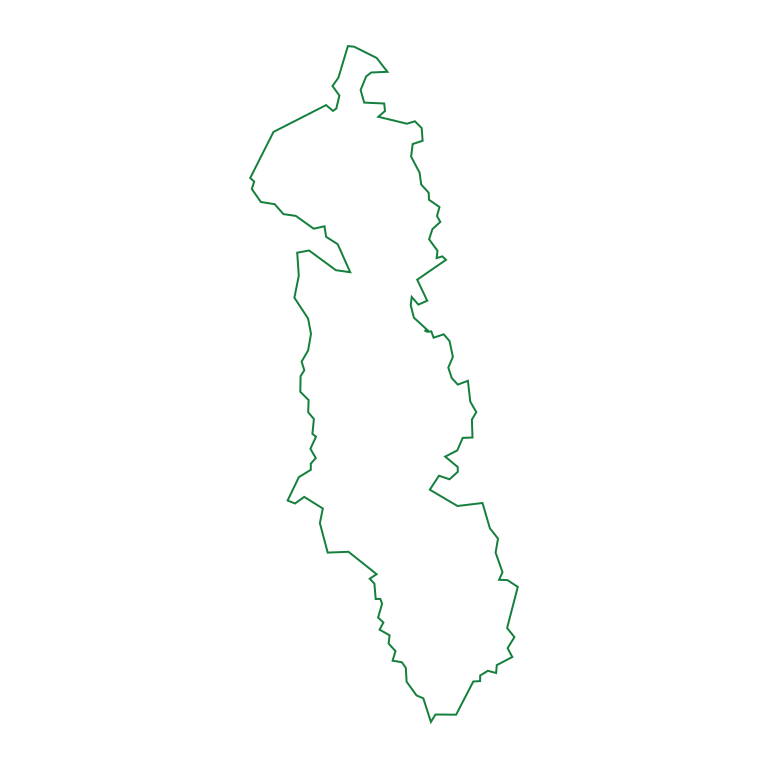 outline of Kumbungu, Northern, Ghana
{"feature_id": "2480657B99246651758289", "entity_name": "Kumbungu", "entity_type": "district", "adm_level": 2, "iso_a3": "GHA", "parent_name": "Ghana", "parent_adm1": "Northern", "projection": "natural_earth1", "projection_center": [-1.057, 9.798], "detail": "medium", "context": "isolated", "style": "outline", "palette": "green", "viewbox_px": 768, "rotation_deg": 0, "n_neighbors": 0, "source": "geoboundaries", "source_scale": "gbopen_adm2", "svg_char_len": 1905}
<svg xmlns="http://www.w3.org/2000/svg" viewBox="0 0 768 768"><path d="M300.3,391.8L308.6,400.1L308.2,412.2L313.9,419.1L312.4,433.9L316.0,436.7L310.4,448.8L315.8,458.1L310.8,463.6L310.8,469.8L298.9,477.1L287.6,500.5L295.0,503.5L304.2,496.9L322.8,508.5L319.9,523.2L327.7,552.6L348.5,551.8L376.6,574.2L369.7,578.7L374.4,583.6L375.7,599.0L380.3,598.9L382.1,603.7L378.1,617.6L383.4,622.5L379.6,629.7L389.6,635.3L388.6,643.6L395.5,651.1L392.6,660.7L401.8,662.2L405.8,667.8L406.6,681.7L416.5,695.4L423.3,698.3L430.9,721.9L435.5,714.5L456.1,714.7L473.3,681.5L480.1,681.1L480.2,675.5L487.8,670.8L496.1,673.0L496.8,665.1L512.3,657.0L507.6,648.2L514.4,637.1L507.1,628.0L517.8,586.9L507.4,580.1L499.1,579.8L502.5,572.2L495.6,552.6L498.0,538.6L489.9,528.3L482.5,503.0L457.5,506.0L429.8,489.7L439.0,475.7L449.5,479.3L457.8,471.8L457.7,467.0L445.2,456.6L457.3,450.4L462.7,437.9L472.5,437.5L471.9,419.6L476.3,412.1L470.3,401.7L467.9,380.8L457.8,384.6L451.7,378.0L448.3,367.6L452.9,356.9L449.5,341.0L443.7,334.3L433.6,337.7L431.3,331.4L427.5,331.8L424.5,330.6L428.2,330.8L413.9,317.7L410.7,305.1L411.7,297.0L418.4,304.6L427.2,300.7L417.2,279.7L446.0,259.8L442.3,256.4L436.6,258.1L437.5,250.8L429.1,239.3L432.4,229.2L440.3,221.9L437.0,216.0L439.5,207.0L429.0,199.8L428.7,192.8L421.2,184.5L419.6,172.7L411.1,156.6L412.7,144.0L422.6,140.8L421.7,128.1L414.9,121.3L406.9,123.7L378.3,116.8L385.0,111.0L384.2,103.5L364.2,102.6L360.6,90.0L366.2,76.4L371.2,72.5L387.4,71.8L376.7,58.0L354.1,46.7L347.9,46.1L338.4,77.7L332.5,86.0L339.4,95.6L336.3,108.5L333.0,110.9L326.1,105.1L273.5,131.9L250.2,178.0L254.2,181.6L251.8,189.0L260.9,202.0L274.7,204.2L283.4,214.1L295.8,215.9L313.7,228.7L324.5,226.3L326.1,236.8L337.7,244.2L350.2,272.2L335.9,270.2L309.1,250.5L297.2,252.7L298.8,275.7L294.4,297.7L308.1,318.6L311.0,333.8L308.1,350.5L301.6,361.6L304.3,370.3L300.6,376.1L300.3,391.8Z" fill="none" stroke="#15803d" stroke-width="2"/></svg>